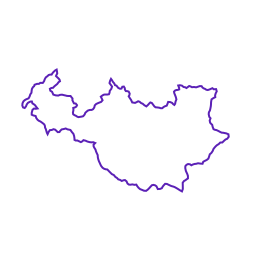 Machado, Minas Gerais, Brazil (Robinson projection), rotated 164°
{"feature_id": "56859067B17778332450588", "entity_name": "Machado", "entity_type": "district", "adm_level": 2, "iso_a3": "BRA", "parent_name": "Brazil", "parent_adm1": "Minas Gerais", "projection": "robinson", "projection_center": [-45.896, -21.677], "detail": "fine", "context": "isolated", "style": "outline", "palette": "violet", "viewbox_px": 256, "rotation_deg": 164, "n_neighbors": 0, "source": "geoboundaries", "source_scale": "gbopen_adm2", "svg_char_len": 4635}
<svg xmlns="http://www.w3.org/2000/svg" viewBox="0 0 256 256"><g transform="rotate(164 128 128)"><path d="M93.6,52.2L92.1,54.3L91.5,56.5L91.1,58.0L90.5,60.3L88.8,61.6L87.1,62.0L85.9,62.5L84.3,63.0L83.6,65.4L83.7,67.5L84.0,69.3L84.2,70.9L84.0,73.7L83.4,75.5L81.9,76.5L80.2,76.8L78.4,76.0L77.4,74.7L76.0,75.0L74.0,75.1L72.4,74.8L70.4,74.8L68.4,73.9L66.2,73.1L65.0,74.8L63.3,75.2L61.1,75.6L59.2,76.4L57.9,78.2L56.6,80.2L54.8,81.0L53.0,82.5L51.5,84.4L49.9,85.5L48.8,86.2L47.2,87.0L45.3,87.5L43.3,88.6L41.3,88.1L39.3,89.2L37.4,90.1L35.6,90.3L33.6,91.8L33.2,94.3L35.1,95.8L36.5,96.5L37.8,97.2L39.2,97.7L40.4,98.7L41.8,100.1L43.5,101.6L44.9,102.3L46.1,103.3L46.3,105.8L46.2,107.9L47.0,109.2L47.6,110.5L47.4,112.7L46.0,114.6L46.8,116.3L46.6,119.1L45.9,120.8L44.4,122.3L43.3,124.3L42.4,126.1L41.8,127.6L41.0,130.0L39.8,132.5L37.7,133.2L35.6,133.6L35.3,135.3L34.2,137.1L32.6,138.8L32.6,141.1L34.9,141.6L35.9,143.0L38.8,142.6L40.8,142.5L42.2,143.2L43.3,144.5L44.4,145.3L45.3,146.5L45.7,147.9L47.4,148.5L49.4,148.4L51.3,148.3L53.2,149.2L55.3,149.6L56.4,150.7L57.6,151.5L59.2,150.9L60.8,150.3L61.8,151.4L63.3,152.1L64.4,153.8L66.3,154.8L68.0,155.0L67.8,152.6L68.1,151.0L69.6,150.9L71.0,151.2L72.6,151.0L73.8,150.2L73.9,148.4L73.7,146.9L73.5,144.4L73.6,142.1L74.5,141.0L75.3,139.8L76.0,138.3L77.1,137.4L78.0,138.5L78.7,140.0L80.3,141.3L82.2,142.0L83.2,140.6L84.6,138.8L86.6,138.7L88.2,138.3L89.5,137.6L90.9,137.9L92.4,138.9L94.2,139.7L95.8,140.3L96.7,141.5L97.4,143.4L98.2,145.5L99.5,146.4L101.0,145.6L102.4,144.7L104.4,143.7L106.0,145.4L107.2,147.3L108.5,148.3L109.6,150.0L110.9,150.9L112.5,150.5L114.3,150.2L116.9,151.4L117.3,154.1L118.0,156.2L118.6,158.3L117.6,159.2L116.9,160.6L117.3,162.8L118.5,163.6L119.9,164.1L120.4,165.7L120.1,167.2L120.6,169.0L122.1,169.2L123.4,167.7L124.8,167.9L126.3,169.2L127.4,171.9L128.7,172.8L128.9,174.6L129.8,176.5L130.2,178.3L130.8,179.9L132.2,178.3L133.4,176.3L132.6,174.1L131.9,172.2L133.3,170.2L135.3,168.7L136.0,167.0L137.0,165.7L138.9,165.9L140.4,166.4L141.8,166.7L143.4,166.4L145.5,165.6L145.1,163.6L144.8,161.7L146.6,160.5L148.8,160.3L150.5,160.1L152.1,159.8L153.7,158.9L154.8,157.0L156.4,155.7L157.9,155.4L159.9,155.9L161.9,155.8L163.4,155.1L164.8,154.4L166.0,152.9L167.8,151.7L169.1,151.7L170.8,151.9L172.6,152.1L173.7,152.9L174.7,154.1L175.9,155.1L176.9,156.3L176.7,158.0L175.5,160.3L175.1,162.4L173.4,162.4L171.8,162.8L170.7,164.0L171.5,165.9L173.2,166.6L173.8,170.0L173.2,171.7L173.8,173.0L174.4,174.6L176.1,175.1L177.7,175.6L179.0,176.4L180.3,177.1L182.2,178.2L184.2,178.6L186.1,178.4L188.5,179.3L190.6,180.7L191.0,183.7L192.4,185.3L192.3,187.2L190.6,187.6L189.0,187.3L187.4,188.3L185.8,189.0L183.9,189.8L182.1,191.2L180.5,191.7L180.5,193.4L181.2,194.9L182.1,196.4L182.9,197.8L182.0,198.9L181.0,199.9L180.7,201.7L180.5,203.8L182.2,203.4L184.3,202.3L185.6,201.4L186.7,200.4L188.1,200.8L189.7,200.8L191.2,200.0L193.1,199.3L194.7,197.7L195.7,196.2L197.5,194.8L199.9,195.6L201.4,195.0L203.3,195.5L205.9,195.3L206.7,194.1L208.2,193.4L209.6,192.0L210.4,190.3L211.1,188.5L212.7,187.2L213.9,185.4L215.4,183.9L218.2,183.6L219.7,183.2L221.2,182.4L222.6,180.8L223.4,178.7L223.2,176.7L221.8,175.7L220.1,176.9L218.8,178.6L217.2,179.8L215.8,180.1L214.5,180.3L213.1,180.0L213.1,178.0L211.9,176.7L211.0,175.4L210.5,173.9L209.6,171.7L211.4,171.9L212.9,172.6L214.7,171.9L215.5,170.6L216.4,169.1L216.9,167.3L215.6,166.2L213.5,165.0L213.4,162.8L212.7,160.9L211.8,159.6L210.3,158.3L208.8,156.4L207.5,154.5L207.3,152.9L207.6,151.3L207.3,149.6L207.3,147.9L207.3,145.8L207.0,144.2L205.3,146.2L203.6,147.5L201.8,147.1L200.0,147.4L198.5,146.5L197.7,145.2L196.7,143.4L195.0,143.0L194.0,143.9L192.2,144.9L189.7,144.7L188.0,144.7L186.6,143.4L185.4,142.8L183.9,142.0L183.0,139.4L182.1,137.5L182.0,135.3L182.3,132.9L182.7,131.3L181.6,130.3L180.2,130.0L179.0,129.0L177.2,127.4L175.5,127.8L174.2,128.6L172.3,127.5L170.8,126.2L168.8,125.0L167.2,124.3L165.3,123.9L163.7,122.6L165.7,121.5L166.1,119.8L165.8,118.2L165.2,116.3L165.2,114.4L165.0,112.7L164.6,110.4L165.1,108.0L165.2,106.1L165.1,104.0L164.8,102.3L164.6,100.7L164.3,99.0L163.4,96.8L162.1,95.3L160.7,94.4L159.3,93.8L158.2,91.7L157.1,89.7L156.2,88.1L154.6,86.7L153.6,84.4L152.4,83.1L151.5,81.3L149.9,80.3L148.6,78.8L146.8,79.0L145.3,78.8L144.1,77.1L143.8,74.8L142.8,73.4L141.3,72.8L139.4,72.6L137.5,71.6L135.6,71.3L135.1,69.4L134.3,67.5L133.2,65.9L131.5,64.6L129.9,63.3L127.9,62.6L126.0,63.3L124.2,64.3L122.3,65.5L120.8,66.4L119.2,66.3L117.7,65.4L116.7,64.1L116.2,61.1L114.0,60.6L112.1,60.8L110.7,62.2L109.4,63.1L107.7,64.1L106.0,63.5L104.6,62.2L102.4,60.3L100.6,59.2L99.5,58.4L98.0,56.9L96.6,55.4L95.3,53.9L93.6,52.2Z" fill="none" stroke="#5b21b6" stroke-width="2"/></g></svg>